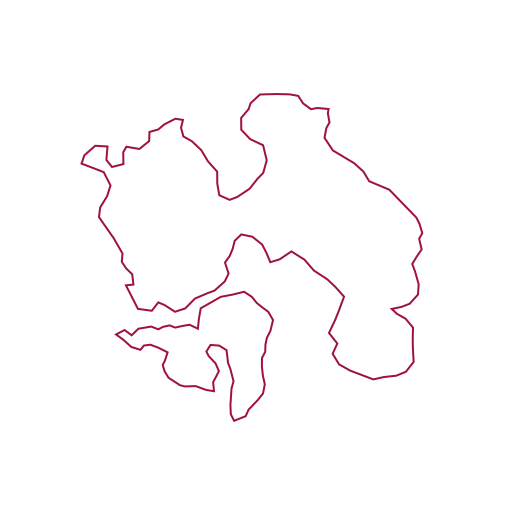 Namhae-gun, South Gyeongsang, South Korea (Albers equal-area conic projection), rotated 153°
{"feature_id": "91817680B30407776748413", "entity_name": "Namhae-gun", "entity_type": "district", "adm_level": 2, "iso_a3": "KOR", "parent_name": "South Korea", "parent_adm1": "South Gyeongsang", "projection": "albers", "projection_center": [127.967, 34.823], "detail": "fine", "context": "isolated", "style": "outline", "palette": "rose", "viewbox_px": 512, "rotation_deg": 153, "n_neighbors": 0, "source": "geoboundaries", "source_scale": "gbopen_adm2", "svg_char_len": 2475}
<svg xmlns="http://www.w3.org/2000/svg" viewBox="0 0 512 512"><g transform="rotate(153 256 256)"><path d="M223.3,141.1L232.1,134.1L231.2,121.8L224.2,111.2L207.5,92.8L197.0,90.1L185.5,85.7L175.0,84.8L163.6,90.1L157.4,104.1L153.0,112.9L148.6,120.8L151.2,132.3L156.5,140.2L159.1,147.2L149.5,144.6L140.7,143.7L129.2,148.1L123.9,156.9L121.3,170.0L120.4,178.0L113.4,182.3L105.4,186.7L102.8,197.3L97.5,200.8L95.7,210.5L95.7,217.5L107.1,254.5L121.2,271.2L122.0,282.6L126.4,294.1L139.6,315.2L141.3,330.2L135.2,338.1L129.9,341.6L127.2,350.5L124.6,354.0L134.3,360.1L140.4,361.9L144.8,370.7L145.7,379.5L152.7,384.8L164.2,391.0L179.1,398.1L191.5,394.6L195.9,390.2L206.5,385.8L211.8,375.2L208.2,362.9L199.4,351.4L203.0,336.4L211.8,326.8L219.7,324.1L231.2,318.8L246.1,317.1L254.0,318.0L261.1,326.8L257.6,338.2L252.3,348.8L255.8,362.0L256.7,375.2L261.1,387.5L266.4,395.5L264.6,404.3L259.3,410.4L265.5,414.9L277.8,414.9L285.7,413.1L294.6,414.9L299.0,406.9L311.3,404.3L321.9,412.2L327.2,408.7L332.4,398.1L343.9,400.7L345.7,409.5L338.6,421.0L349.2,427.2L363.3,423.6L369.5,417.5L361.5,408.7L353.6,399.8L353.6,384.9L361.5,376.9L372.9,369.9L378.2,362.0L377.3,354.9L374.7,336.4L373.8,318.8L378.2,311.8L377.3,303.8L374.6,295.9L378.2,286.2L385.2,288.9L385.2,273.9L385.2,262.5L373.7,254.5L364.1,259.0L359.7,253.7L353.5,243.1L342.9,241.4L329.7,245.8L316.5,244.9L308.6,244.0L295.4,247.5L288.4,252.8L286.6,264.3L279.6,267.8L273.4,273.1L268.1,279.2L259.3,281.9L250.5,274.8L245.3,263.4L245.3,253.7L246.1,244.0L236.5,242.3L222.4,244.0L214.5,230.8L211.0,216.7L203.0,202.7L199.5,193.0L196.0,179.8L207.5,169.2L214.5,163.1L225.9,154.3L223.3,141.1ZM329.5,192.9L325.0,185.5L329.5,173.2L330.1,167.0L332.9,154.6L338.0,149.0L346.4,134.9L350.3,126.4L350.3,119.1L337.9,118.0L332.3,122.5L319.4,127.0L312.1,130.4L306.4,137.7L304.2,146.2L300.8,155.2L296.9,162.5L291.3,166.4L287.9,172.6L283.4,178.2L277.2,182.7L269.9,191.2L270.4,200.7L273.8,207.5L276.6,213.7L278.3,221.6L282.8,229.5L294.6,232.3L305.9,235.6L329.0,234.5L335.7,225.5L340.8,217.6L346.4,224.9L353.8,227.2L360.5,228.9L364.5,233.4L371.2,235.1L376.3,235.0L381.4,240.7L393.8,244.6L402.8,241.8L406.7,249.7L416.3,249.6L412.3,241.8L408.4,231.6L401.6,224.9L396.5,227.1L390.4,224.9L384.7,218.7L378.5,210.3L384.7,204.1L388.6,201.3L389.8,194.5L389.2,187.2L382.4,175.4L378.5,172.0L368.9,167.5L361.0,159.1L354.8,154.6L351.5,163.0L345.8,167.0L341.3,170.3L340.8,178.8L343.6,188.3L343.6,193.4L336.9,197.4L329.5,192.9Z" fill="none" stroke="#9f1239" stroke-width="2"/></g></svg>